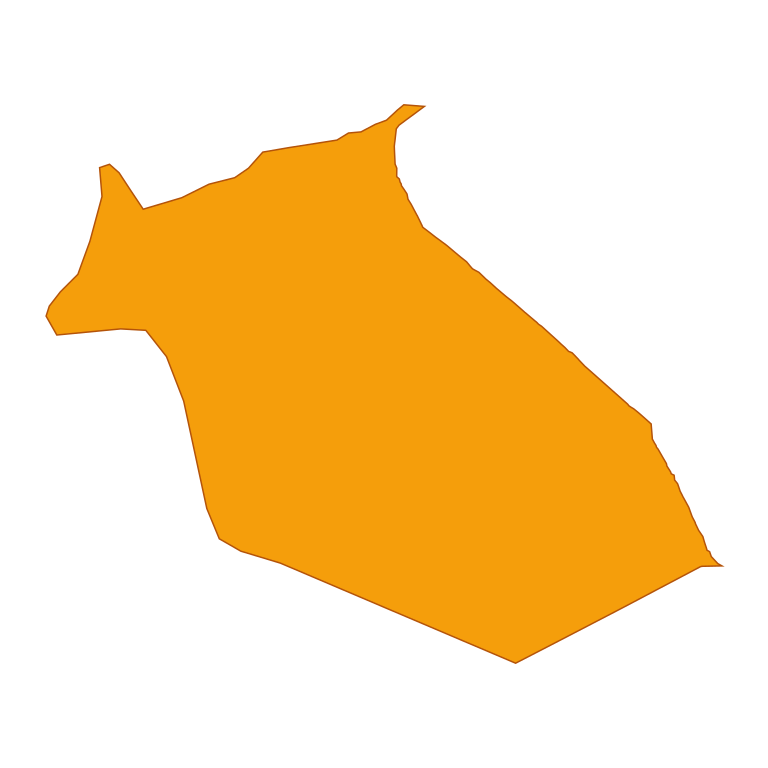 outline of Keilak, South Kordufan, Sudan
{"feature_id": "16777658B16982967361933", "entity_name": "Keilak", "entity_type": "district", "adm_level": 2, "iso_a3": "SDN", "parent_name": "Sudan", "parent_adm1": "South Kordufan", "projection": "orthographic", "projection_center": [29.554, 10.642], "detail": "fine", "context": "isolated", "style": "filled", "palette": "amber", "viewbox_px": 768, "rotation_deg": 0, "n_neighbors": 0, "source": "geoboundaries", "source_scale": "gbopen_adm2", "svg_char_len": 2657}
<svg xmlns="http://www.w3.org/2000/svg" viewBox="0 0 768 768"><path d="M524.6,312.2L524.1,311.7L520.6,308.6L512.1,301.2L506.7,297.0L505.6,296.1L496.5,288.4L490.4,282.8L485.8,279.0L485.0,278.2L478.9,272.3L474.6,270.0L472.7,268.9L472.4,268.7L470.4,266.4L466.6,261.8L463.2,259.1L460.4,256.9L454.3,251.8L446.6,245.3L438.1,239.0L435.6,237.2L426.1,229.8L424.8,228.8L424.6,228.7L424.1,228.3L422.7,227.2L422.6,226.9L421.6,224.6L421.2,223.9L420.7,222.7L420.0,221.3L417.6,216.4L417.3,215.7L417.1,215.5L413.9,209.5L412.5,206.8L411.1,204.2L410.8,203.7L408.3,199.7L408.0,199.2L407.1,194.4L406.9,193.8L406.7,193.5L403.9,189.2L401.8,186.2L401.5,185.8L401.2,184.1L401.1,183.7L400.4,182.6L400.3,182.4L400.2,182.2L400.0,181.8L399.9,181.4L399.5,179.7L399.3,179.0L397.0,176.9L396.8,176.7L396.7,176.2L396.8,168.2L395.1,164.1L394.5,151.5L394.3,146.3L394.7,142.5L394.9,141.2L396.3,128.8L399.0,125.2L406.5,119.6L410.2,116.9L424.4,106.4L403.8,104.8L397.6,109.9L386.5,120.2L375.4,124.3L361.0,131.9L348.5,133.0L336.9,140.1L289.0,147.6L262.8,152.1L248.5,168.2L234.7,177.7L209.0,184.2L181.8,197.7L143.2,209.2L131.3,191.4L119.1,172.8L109.5,164.3L99.6,167.6L102.0,196.5L89.9,241.3L77.9,274.3L60.4,291.8L49.3,306.1L46.1,316.1L56.8,335.0L120.6,328.9L145.8,330.3L166.5,356.6L183.7,401.1L206.8,508.5L219.3,538.8L240.9,551.2L280.3,563.1L392.4,610.8L515.6,663.2L558.8,640.9L621.4,608.4L656.8,589.7L700.2,566.8L701.9,566.3L702.1,566.3L712.1,566.1L721.9,565.9L717.8,563.6L711.3,556.6L709.6,551.7L707.2,550.3L707.0,550.2L706.8,549.5L706.5,548.3L706.2,547.4L704.7,542.9L703.8,539.9L703.0,537.0L702.8,536.5L698.6,530.3L695.7,524.2L695.4,523.5L695.2,522.8L695.2,522.6L694.0,520.2L693.7,519.7L692.3,517.0L692.2,516.7L692.0,516.3L688.9,507.7L688.7,507.2L684.7,499.9L682.9,496.7L682.2,495.2L680.2,491.3L680.0,490.8L678.9,487.5L677.8,484.3L677.5,483.6L675.1,480.6L674.6,480.1L674.6,479.5L674.2,475.9L674.1,475.2L672.2,474.3L671.7,474.0L671.2,473.7L670.7,472.2L670.5,471.7L667.2,466.5L666.9,466.1L666.5,463.9L666.4,463.6L666.2,463.2L662.0,456.0L661.4,454.9L660.4,453.2L659.9,452.3L658.2,449.4L658.0,449.0L657.2,448.1L656.6,447.3L656.4,447.0L656.2,446.1L656.1,445.9L656.1,445.7L655.8,445.1L654.4,442.9L654.1,442.3L652.7,439.7L652.3,439.0L652.3,438.1L651.2,424.6L651.2,424.0L640.9,414.8L638.7,412.9L633.7,408.8L631.0,407.2L628.9,405.8L627.7,404.2L596.7,376.7L586.2,367.4L584.8,366.2L579.5,360.6L578.7,359.7L578.5,359.4L573.5,354.2L572.1,352.8L570.0,351.9L569.4,351.7L568.6,351.4L564.9,347.5L561.1,344.1L558.7,341.8L541.5,326.2L539.4,324.8L538.4,324.1L537.4,323.0L536.9,322.5L536.0,321.7L534.6,320.6L527.9,314.9L525.8,313.1L525.0,312.5L524.6,312.2Z" fill="#f59e0b" stroke="#b45309" stroke-width="1.5"/></svg>